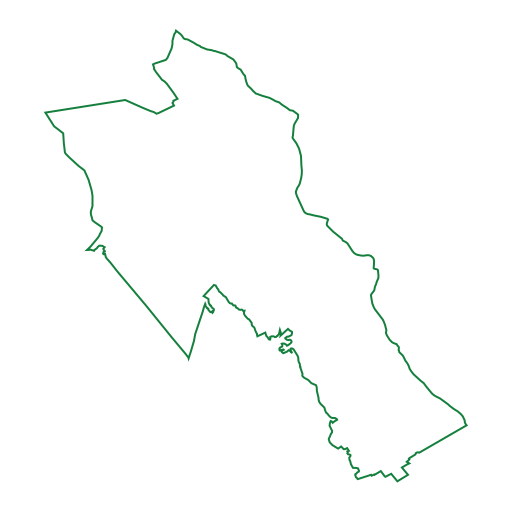 outline of Draganu, Arges, Romania
{"feature_id": "2599482B87206763535971", "entity_name": "Draganu", "entity_type": "district", "adm_level": 2, "iso_a3": "ROU", "parent_name": "Romania", "parent_adm1": "Arges", "projection": "natural_earth1", "projection_center": [24.702, 44.943], "detail": "fine", "context": "isolated", "style": "outline", "palette": "green", "viewbox_px": 512, "rotation_deg": 0, "n_neighbors": 0, "source": "geoboundaries", "source_scale": "gbopen_adm2", "svg_char_len": 5979}
<svg xmlns="http://www.w3.org/2000/svg" viewBox="0 0 512 512"><path d="M391.2,473.8L397.4,481.3L408.0,474.8L401.9,467.5L407.2,464.4L409.3,463.4L406.8,461.8L409.4,459.5L408.9,458.6L409.6,458.0L415.2,454.6L415.9,453.5L415.8,453.2L417.2,452.4L418.1,452.3L419.2,452.7L466.6,425.3L465.8,424.3L465.2,423.2L464.8,422.1L464.6,420.2L462.8,416.4L461.0,414.2L457.6,411.3L454.0,409.1L449.6,405.8L448.2,404.4L440.1,398.5L435.0,395.9L433.1,394.5L431.7,393.2L426.1,386.4L423.7,383.1L420.6,380.7L413.7,374.4L411.3,371.4L409.7,368.9L408.7,365.9L407.4,363.4L405.3,360.6L404.0,357.7L402.7,355.4L399.3,352.2L399.0,350.7L398.6,350.0L398.9,348.0L398.7,347.0L398.4,346.5L397.6,345.8L396.7,344.2L393.6,343.1L391.9,342.1L389.6,339.7L386.7,335.0L385.9,332.7L386.4,330.3L385.1,325.2L383.9,321.9L382.8,319.6L375.0,309.4L373.9,307.5L372.3,303.4L371.5,298.8L371.0,295.5L371.1,294.6L372.4,292.8L373.4,291.6L374.3,290.2L374.9,286.9L376.2,283.8L376.6,282.1L378.3,278.2L378.5,276.1L378.0,270.4L377.8,269.9L377.1,269.4L374.2,268.7L373.7,268.3L374.1,261.5L373.8,259.3L373.0,257.8L371.0,256.0L369.2,255.3L366.9,255.2L363.9,255.7L362.2,255.7L357.6,254.9L355.8,254.2L354.1,253.0L352.5,251.2L347.4,243.3L345.5,241.9L343.0,240.7L342.6,240.2L342.0,238.8L333.2,231.7L327.1,225.6L326.8,224.5L326.9,223.0L328.1,219.5L327.4,218.8L320.8,216.8L312.8,215.2L310.8,214.6L307.6,214.0L305.9,213.3L305.0,212.6L303.9,211.3L296.9,196.0L296.0,193.2L295.9,191.5L297.3,187.9L299.2,184.9L299.8,183.4L301.2,178.0L301.7,174.6L301.9,170.6L301.4,165.6L301.0,156.0L299.1,148.7L296.4,143.3L292.8,138.3L292.5,137.5L292.9,136.0L293.8,125.9L294.5,123.9L298.0,118.0L298.1,114.7L297.5,114.1L292.9,110.7L289.8,110.2L287.2,108.1L281.8,104.6L279.2,102.4L275.4,101.1L273.6,100.0L269.6,97.9L262.6,95.9L255.6,93.4L254.0,91.7L253.2,91.2L252.5,90.2L250.8,88.4L247.9,85.7L247.2,84.4L246.4,82.1L245.5,78.7L245.0,75.7L243.7,74.5L240.6,69.6L238.0,68.1L236.9,67.1L236.4,64.1L235.8,62.7L233.3,59.4L227.4,56.0L226.1,54.7L225.3,54.3L214.8,51.0L213.8,50.9L211.4,50.1L207.2,49.5L200.7,46.9L199.9,46.0L197.1,44.9L193.7,42.7L188.3,39.8L187.0,39.3L185.1,39.1L184.3,38.8L183.0,37.5L182.6,36.6L181.5,35.2L180.2,33.9L176.0,30.7L175.5,32.5L174.3,34.1L172.5,40.5L172.4,44.5L171.6,48.4L167.4,58.0L165.8,59.9L154.6,63.6L153.0,64.4L154.2,68.0L153.9,68.8L156.2,72.3L162.0,79.8L164.5,81.4L166.8,83.7L173.4,92.7L177.5,98.8L173.4,100.8L173.4,101.8L172.5,103.0L174.0,105.6L158.2,113.2L156.5,113.7L153.7,112.0L150.9,111.2L142.7,107.8L125.2,100.0L45.4,112.6L54.1,126.3L63.2,133.3L63.8,142.8L64.9,152.3L65.7,153.8L69.6,157.7L78.4,165.8L84.4,170.4L88.6,179.9L91.6,190.3L92.5,195.8L92.5,206.1L90.9,211.3L90.8,213.4L91.0,214.8L91.9,217.7L92.5,220.3L94.6,222.1L101.3,226.7L102.0,227.5L101.6,231.0L99.8,234.2L99.3,235.6L97.7,238.0L90.5,246.6L87.0,250.0L89.3,249.9L89.7,249.4L94.1,250.8L94.5,249.9L96.8,248.3L97.8,246.9L99.1,245.8L99.9,245.6L102.4,245.9L104.6,247.2L103.3,248.9L103.8,250.0L104.9,251.2L104.7,251.6L103.5,252.0L103.5,252.9L103.1,253.4L103.4,254.1L103.9,254.3L105.1,254.0L105.8,257.1L106.9,258.7L110.4,262.6L117.4,271.5L145.9,305.4L171.7,337.3L185.1,353.3L188.3,357.4L188.6,358.4L190.7,352.0L194.0,340.8L195.2,334.1L202.8,311.4L204.0,307.0L205.2,303.8L205.5,304.5L205.4,305.7L206.4,307.2L207.3,307.8L207.2,308.3L208.3,308.8L208.3,309.7L210.3,312.1L212.1,312.2L212.5,312.8L213.0,312.2L212.4,311.2L212.8,310.9L213.5,310.9L213.9,310.2L213.9,309.6L213.7,308.9L212.4,308.0L211.1,306.4L211.0,305.8L210.3,305.6L210.1,305.3L210.2,304.9L210.0,304.7L209.6,304.6L208.7,302.7L208.4,298.9L203.6,296.1L213.9,285.0L215.7,285.5L217.2,288.3L218.3,289.4L218.7,290.9L219.4,291.8L220.3,292.2L221.2,293.2L222.3,294.2L223.4,295.6L225.8,297.1L228.6,301.8L229.8,303.1L230.7,303.5L231.9,303.5L233.3,305.4L234.9,305.4L235.8,306.2L235.8,307.1L236.3,307.7L237.8,308.4L239.1,309.6L240.1,309.8L241.6,309.6L242.3,309.9L243.0,310.8L244.5,310.7L243.9,312.9L244.2,314.2L244.9,315.5L247.6,318.6L249.1,319.4L251.7,322.9L251.7,324.7L252.4,326.0L253.9,327.1L254.5,328.0L255.6,331.3L257.0,333.9L257.1,335.3L257.4,336.3L265.3,332.6L266.3,335.9L267.7,337.3L268.6,338.9L269.2,339.5L270.2,339.5L270.4,338.3L270.2,337.0L271.6,336.3L273.5,336.3L275.0,337.1L276.2,336.9L276.6,336.2L277.6,335.9L278.1,334.9L278.9,334.4L279.9,330.0L280.9,333.1L281.0,334.3L280.7,335.5L288.0,328.9L290.1,330.8L291.9,331.7L292.1,332.9L291.4,335.2L288.3,336.7L287.0,336.7L286.2,337.5L285.4,337.8L285.3,338.5L286.1,339.2L287.0,339.8L288.5,340.1L289.9,339.7L290.9,340.2L291.4,341.0L291.6,341.8L290.8,343.1L288.1,345.2L287.0,345.7L286.4,344.7L284.1,343.6L282.5,343.5L281.7,343.8L282.3,344.9L282.2,346.5L280.3,347.4L279.8,347.9L279.4,348.7L279.7,349.1L279.4,350.0L279.8,350.5L280.4,350.5L282.3,349.7L283.4,349.5L283.7,349.8L281.5,351.0L281.6,351.6L282.1,352.3L283.3,353.2L287.1,351.6L288.6,350.2L289.8,350.7L290.9,352.1L291.6,352.6L291.8,352.4L290.8,350.5L290.6,349.4L290.6,348.7L291.1,348.4L292.2,348.5L293.4,349.1L297.5,355.6L298.1,357.1L298.3,358.2L298.4,360.6L299.0,362.5L299.8,363.9L300.1,367.0L300.5,367.1L300.5,368.1L302.5,373.8L302.3,375.7L302.8,376.5L304.3,377.8L308.4,380.1L311.4,383.2L316.0,385.2L316.7,387.2L316.9,391.1L318.5,397.6L318.6,399.7L319.2,401.8L320.5,403.8L324.3,407.5L325.5,411.4L326.4,413.0L327.1,413.3L328.9,415.6L330.5,417.2L332.0,417.9L334.9,418.0L336.6,418.9L337.1,419.8L334.4,421.4L332.7,422.8L331.8,421.5L330.7,421.1L329.9,423.1L329.6,425.8L332.1,430.8L332.0,432.4L330.8,434.1L329.9,436.5L328.9,438.5L328.8,439.4L329.7,442.3L332.5,445.2L338.1,448.6L341.2,446.5L343.1,448.6L343.8,449.2L345.5,449.0L347.1,448.1L348.9,450.9L347.3,451.5L347.8,452.6L347.4,453.5L348.1,454.3L349.9,454.6L350.5,455.1L350.4,456.1L349.3,457.6L349.3,458.8L349.6,460.2L350.0,460.6L350.4,461.9L350.9,464.1L351.9,466.0L353.0,467.9L355.9,467.9L358.1,468.4L358.5,469.7L359.1,470.9L358.8,471.6L357.1,472.6L356.3,473.7L355.5,474.0L355.2,474.8L355.3,475.4L356.0,477.2L356.8,477.8L357.0,478.3L357.8,479.1L371.1,474.8L371.7,475.7L374.1,474.5L374.4,474.9L380.8,471.1L384.6,476.2L385.4,476.8L391.2,473.8Z" fill="none" stroke="#15803d" stroke-width="2"/></svg>